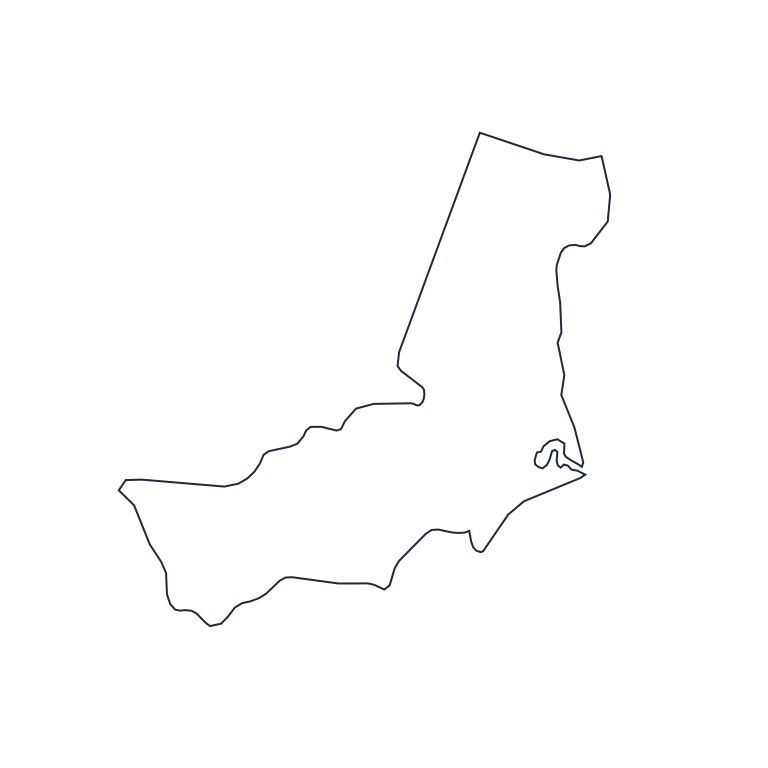 Cabinda, Mercator projection, rotated 198°
{"feature_id": "AGO-1885", "entity_name": "Cabinda", "entity_type": "Province", "adm_level": 1, "iso_a3": "AGO", "parent_name": "Angola", "parent_adm1": "", "projection": "mercator", "projection_center": [12.416, -5.077], "detail": "fine", "context": "isolated", "style": "outline", "palette": "slate", "viewbox_px": 768, "rotation_deg": 198, "n_neighbors": 0, "source": "natural_earth", "source_scale": "10m", "svg_char_len": 1822}
<svg xmlns="http://www.w3.org/2000/svg" viewBox="0 0 768 768"><g transform="rotate(198 384 384)"><path d="M483.4,103.6L491.0,107.7L496.6,108.9L503.0,107.6L508.0,105.4L512.9,104.9L519.3,108.6L525.4,116.9L532.8,136.8L540.8,145.9L557.1,159.0L584.2,191.4L603.4,200.9L599.9,212.8L585.2,218.1L504.2,237.1L491.7,244.2L484.8,251.9L480.1,260.6L477.5,269.9L476.6,279.5L472.8,284.5L454.2,295.3L448.0,300.4L444.5,309.2L443.6,315.8L440.6,320.5L430.5,323.9L414.6,325.1L410.9,327.9L409.7,336.4L403.0,352.0L387.6,361.9L353.0,373.8L349.6,374.3L346.5,373.8L343.9,374.6L341.8,378.7L341.6,382.2L342.4,386.6L344.0,390.6L346.4,392.7L371.8,401.7L376.7,405.3L379.5,419.2L378.2,451.0L376.9,486.3L375.0,535.8L373.0,587.4L372.0,614.3L370.5,652.6L340.2,652.3L302.7,651.9L267.4,656.9L247.5,668.0L247.4,667.9L227.4,634.0L221.4,607.7L230.8,581.5L235.9,576.8L240.4,575.7L245.1,575.4L250.8,573.0L254.8,568.7L256.4,563.4L256.4,550.4L255.2,545.2L248.9,530.4L241.6,515.8L231.3,488.1L231.6,476.9L215.2,448.1L212.0,428.4L189.4,401.4L170.2,370.9L170.3,366.4L175.2,367.8L183.2,369.4L188.6,371.0L191.3,373.4L194.0,383.1L202.1,385.0L208.8,380.7L213.1,373.9L213.7,368.3L217.4,366.1L217.2,358.0L215.3,354.3L211.5,352.9L207.2,352.7L204.0,357.3L203.2,363.2L203.4,372.1L201.0,374.2L198.0,372.9L196.2,364.5L193.5,360.2L190.2,359.1L188.1,362.9L184.0,363.2L179.2,360.5L173.3,361.3L164.6,360.0L168.1,355.4L214.6,315.8L225.5,298.3L238.0,255.8L239.9,254.0L244.8,254.0L248.7,256.3L252.4,261.1L257.6,270.7L261.3,267.6L267.3,265.3L273.5,263.8L287.5,262.3L293.4,260.0L297.7,254.9L314.9,220.7L316.9,212.1L316.4,194.4L320.2,188.6L331.4,190.0L337.6,189.4L365.7,180.2L411.4,171.9L417.9,169.5L422.4,164.7L431.4,148.0L437.1,141.4L443.9,136.0L451.3,131.7L456.9,125.1L460.2,115.2L464.9,105.7L474.7,100.0L480.4,102.0L483.4,103.6Z" fill="none" stroke="#1e293b" stroke-width="2"/></g></svg>